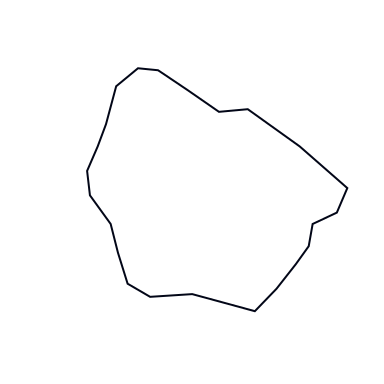 the district of Ulleung-gun, North Gyeongsang, South Korea, rotated 44°
{"feature_id": "91817680B98862203953263", "entity_name": "Ulleung-gun", "entity_type": "district", "adm_level": 2, "iso_a3": "KOR", "parent_name": "South Korea", "parent_adm1": "North Gyeongsang", "projection": "natural_earth1", "projection_center": [130.855, 37.493], "detail": "fine", "context": "isolated", "style": "outline", "palette": "ink", "viewbox_px": 384, "rotation_deg": 44, "n_neighbors": 0, "source": "geoboundaries", "source_scale": "gbopen_adm2", "svg_char_len": 456}
<svg xmlns="http://www.w3.org/2000/svg" viewBox="0 0 384 384"><g transform="rotate(44 192 192)"><path d="M174.6,93.7L155.7,115.6L117.8,121.8L83.0,128.0L67.2,140.5L64.0,168.6L83.0,202.9L92.5,224.7L101.9,249.7L120.9,265.3L155.7,271.5L180.9,287.1L209.4,302.7L234.7,296.5L263.1,265.3L291.5,249.7L320.0,234.1L320.0,202.9L316.8,171.7L313.6,149.9L301.0,131.2L310.5,106.2L301.0,81.3L237.8,84.4L174.6,93.7Z" fill="none" stroke="#020617" stroke-width="2"/></g></svg>